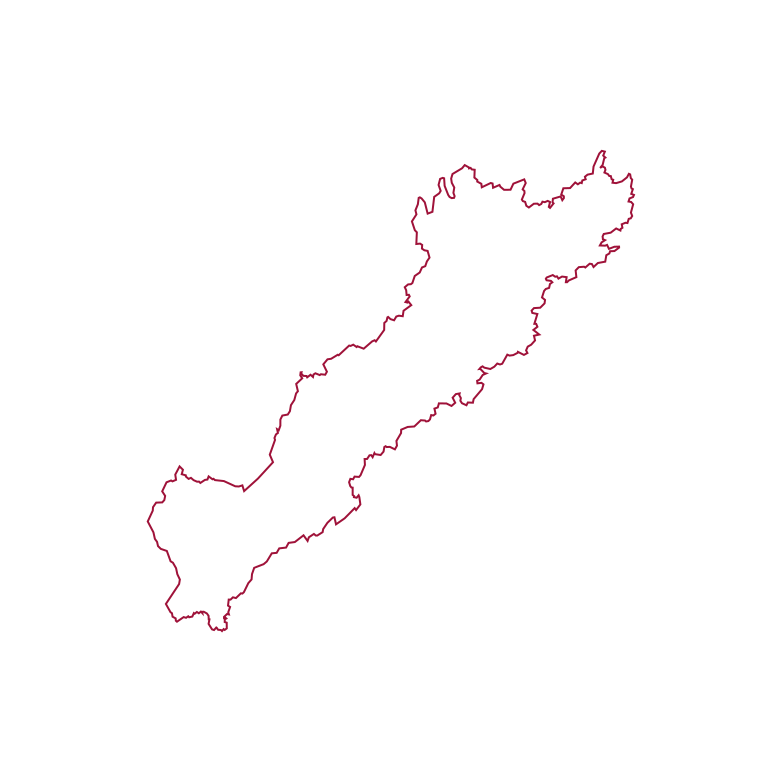 outline of Cavan - Belturbet Lea-6, Cavan, Ireland, rotated 291°
{"feature_id": "5873133B49845781008100", "entity_name": "Cavan - Belturbet Lea-6", "entity_type": "district", "adm_level": 2, "iso_a3": "IRL", "parent_name": "Ireland", "parent_adm1": "Cavan", "projection": "equal_earth", "projection_center": [-7.632, 54.119], "detail": "fine", "context": "isolated", "style": "outline", "palette": "rose", "viewbox_px": 768, "rotation_deg": 291, "n_neighbors": 0, "source": "geoboundaries", "source_scale": "gbopen_adm2", "svg_char_len": 6144}
<svg xmlns="http://www.w3.org/2000/svg" viewBox="0 0 768 768"><g transform="rotate(291 384 384)"><path d="M616.6,385.7L617.3,380.9L613.4,379.6L604.6,372.7L599.8,373.1L596.1,375.2L592.6,379.2L587.3,380.3L584.7,382.6L582.9,382.7L581.8,380.6L582.1,378.2L583.5,376.2L590.7,369.6L597.6,366.4L597.5,365.0L595.6,362.9L589.4,363.6L584.6,367.7L581.8,367.2L576.7,363.8L562.1,367.5L558.7,363.7L568.2,357.0L570.7,352.6L571.1,350.6L570.2,349.7L563.9,351.2L557.4,351.1L554.0,353.5L545.8,351.8L538.6,357.7L537.4,360.3L526.3,364.0L528.0,367.4L527.5,369.8L524.0,370.9L523.3,373.8L523.9,377.0L518.3,381.2L513.8,380.1L508.8,380.3L506.4,377.7L500.9,377.4L495.9,374.0L488.4,374.3L486.8,373.3L485.6,370.8L481.8,368.7L479.5,371.1L475.2,373.2L476.2,375.3L475.0,376.6L468.2,374.7L468.4,376.7L469.7,377.3L467.4,381.2L459.4,376.0L454.0,377.2L453.1,373.4L451.4,371.3L447.1,370.6L446.9,366.8L448.1,363.8L447.4,363.3L443.8,363.8L441.1,362.4L434.5,364.8L420.8,361.2L421.5,359.6L419.6,357.7L409.7,352.4L409.7,345.6L408.7,345.2L409.7,341.2L407.6,339.2L407.4,337.7L394.6,331.4L394.7,330.3L388.6,325.6L386.8,322.4L380.6,320.3L375.0,326.3L371.6,325.8L370.5,321.6L369.3,320.8L369.4,316.1L367.6,314.8L365.1,315.2L366.3,312.1L362.7,309.9L363.7,308.8L362.7,305.8L364.2,302.9L365.4,302.8L365.0,302.0L362.1,302.7L360.0,305.6L352.6,302.0L346.4,306.2L343.7,305.3L336.9,306.0L330.9,304.7L324.9,305.9L321.0,305.1L318.1,300.4L313.7,300.0L307.9,302.2L303.1,302.3L303.5,300.4L300.3,302.5L298.2,301.2L294.3,301.1L292.8,302.3L277.1,302.7L271.2,308.4L250.5,300.2L233.9,291.8L238.6,288.1L236.3,285.2L235.2,281.8L236.0,269.3L233.7,260.6L234.4,258.8L233.6,258.0L234.9,253.4L231.5,253.4L230.3,251.2L225.8,248.0L226.6,246.3L225.8,244.5L226.0,240.7L227.2,237.4L225.4,235.6L226.6,232.2L227.7,231.7L227.3,227.5L231.9,227.0L233.8,222.7L224.6,221.6L220.0,224.2L217.3,221.4L217.6,219.8L214.3,216.2L204.3,215.4L201.1,219.8L196.9,220.5L194.0,219.4L191.6,213.8L186.2,212.5L182.9,213.5L171.0,212.7L162.9,221.9L157.3,225.6L155.3,228.7L151.7,231.1L150.1,234.7L150.3,241.1L142.0,248.3L141.5,251.0L137.5,255.9L132.4,259.2L128.3,263.5L123.8,264.4L100.5,259.2L94.5,266.4L94.0,268.2L91.0,270.0L90.5,273.5L88.4,274.5L87.9,275.9L94.6,280.5L94.8,283.0L97.0,284.5L96.4,285.7L98.2,288.4L102.0,288.6L101.7,289.6L104.1,291.0L103.6,293.3L105.9,294.6L105.0,296.5L106.1,295.8L106.8,297.3L106.3,300.9L104.7,303.3L101.5,304.7L101.7,305.4L97.2,306.2L93.3,311.4L93.4,313.5L97.4,315.0L96.5,314.9L95.1,317.2L95.9,319.9L95.3,321.3L97.7,322.1L97.3,323.4L99.5,324.8L104.8,322.7L104.7,320.6L107.2,319.7L108.6,320.8L109.1,319.4L108.3,318.5L109.2,318.1L113.0,319.9L113.3,321.8L115.1,320.4L120.7,320.2L121.2,317.8L127.1,316.3L127.7,318.0L130.7,319.4L131.1,322.5L137.3,325.4L137.6,326.9L139.4,327.8L149.5,328.7L154.1,330.4L159.2,328.9L165.9,328.7L172.7,336.2L176.3,338.2L185.7,339.9L187.9,344.3L193.0,345.1L196.2,351.2L201.5,351.9L204.5,357.4L213.9,363.1L210.1,368.9L214.0,368.8L218.9,372.3L218.1,374.6L218.6,376.0L223.7,379.8L226.8,379.2L234.1,380.9L241.0,384.1L241.8,385.5L235.8,389.5L244.5,395.4L257.6,401.1L256.3,403.1L263.1,405.1L269.6,401.5L271.0,400.2L268.0,399.2L267.6,396.5L268.6,396.3L269.2,394.5L276.0,391.9L275.7,390.7L276.6,389.1L279.8,386.6L283.4,386.6L284.0,389.3L287.0,389.7L288.3,394.0L290.5,394.8L301.6,395.2L307.0,392.8L308.0,395.1L312.2,396.0L313.0,397.6L311.6,399.6L316.1,399.8L315.3,400.8L316.5,406.3L320.7,407.8L325.3,406.9L326.5,407.8L326.1,409.1L327.4,412.0L326.9,417.6L331.1,418.2L335.3,416.0L344.3,417.5L347.5,416.4L352.4,421.5L355.2,427.5L363.4,431.4L364.6,435.4L364.1,436.7L365.3,438.7L367.4,439.6L371.9,439.2L372.3,441.4L374.7,442.8L379.1,439.9L381.4,442.6L385.6,442.2L388.2,449.3L387.7,454.9L392.0,457.2L395.8,453.0L400.3,454.7L402.3,458.0L400.6,458.2L398.4,460.8L395.7,461.3L394.0,463.7L393.7,468.6L396.8,468.9L398.4,473.7L402.0,473.1L414.3,477.4L419.3,477.0L420.0,474.6L418.1,471.0L420.3,469.8L422.4,471.7L427.8,472.9L430.4,475.5L430.2,473.7L432.6,468.5L432.2,467.7L434.2,468.4L435.8,469.7L435.2,471.8L436.1,477.9L439.7,480.8L443.7,482.4L443.8,485.3L445.3,487.1L455.6,488.6L455.5,491.0L457.3,494.3L461.0,497.6L462.0,497.5L461.3,504.2L464.3,506.8L466.3,504.6L470.4,504.8L473.4,507.3L478.8,509.4L482.8,506.7L485.8,511.2L488.0,504.1L492.4,506.7L494.7,504.5L494.1,502.8L504.3,502.1L503.5,497.0L505.4,495.5L508.6,496.8L511.2,502.5L516.8,505.0L520.2,504.2L521.4,500.5L528.3,500.1L530.7,501.0L532.9,503.7L536.8,503.1L539.3,504.7L540.1,502.9L539.1,498.6L540.2,497.4L541.7,497.7L546.2,502.5L545.5,505.4L546.5,506.9L544.9,509.1L548.1,511.7L549.2,516.2L544.2,517.3L544.6,518.4L547.0,519.5L552.7,525.3L558.7,522.2L562.9,524.0L565.2,528.8L564.9,530.2L570.0,532.9L570.5,535.1L568.3,537.7L573.6,540.3L577.5,546.7L583.9,545.4L586.6,547.6L589.0,547.5L590.7,551.5L595.6,554.6L596.5,554.2L594.7,549.9L590.8,545.6L593.8,542.4L592.4,540.9L590.7,535.9L594.2,536.4L597.5,538.8L597.6,536.5L600.1,535.2L602.8,535.4L606.5,541.4L612.4,545.0L612.0,549.7L613.6,549.4L615.3,550.6L618.3,548.7L621.1,551.7L621.5,553.6L625.9,553.3L627.1,555.0L629.8,555.5L632.5,553.1L641.1,552.2L642.5,549.5L642.0,546.9L645.2,546.7L647.8,549.5L650.1,549.6L650.1,546.7L655.1,546.5L655.2,545.1L656.8,543.8L663.7,542.5L664.7,540.6L667.9,538.7L668.0,537.3L664.0,536.8L658.4,533.5L654.7,528.7L653.8,525.2L656.8,524.8L656.7,523.2L659.4,521.2L658.9,519.8L660.2,517.8L660.4,514.0L663.3,514.0L665.1,512.7L665.5,510.1L663.2,508.3L666.9,509.6L673.8,508.7L674.7,509.5L675.8,506.8L680.1,506.9L679.7,503.8L676.3,502.4L662.1,501.7L655.3,503.5L652.4,499.0L649.5,497.3L647.4,498.9L645.1,496.2L642.4,496.6L642.3,495.0L639.9,493.4L640.7,490.3L633.6,487.5L631.0,481.3L624.4,481.6L623.7,484.6L622.0,485.3L619.5,484.6L622.4,481.7L617.5,475.3L613.9,476.3L613.4,477.6L607.9,475.9L608.4,474.4L613.4,473.8L613.6,471.2L611.4,469.0L611.0,466.6L608.4,466.3L606.6,464.7L607.4,462.7L606.0,459.3L600.7,456.0L601.4,453.0L604.6,450.5L604.5,448.1L605.6,446.6L612.6,446.8L614.5,445.9L615.4,443.7L622.4,444.3L625.3,441.6L617.4,433.0L610.7,432.5L608.3,426.5L609.9,421.9L611.2,420.5L606.3,415.5L610.1,413.5L609.9,411.6L602.7,404.8L605.8,403.1L606.4,398.5L607.9,398.0L609.1,394.4L616.5,391.9L615.8,389.0L616.8,387.4L615.8,386.1L616.6,385.7Z" fill="none" stroke="#9f1239" stroke-width="2"/></g></svg>